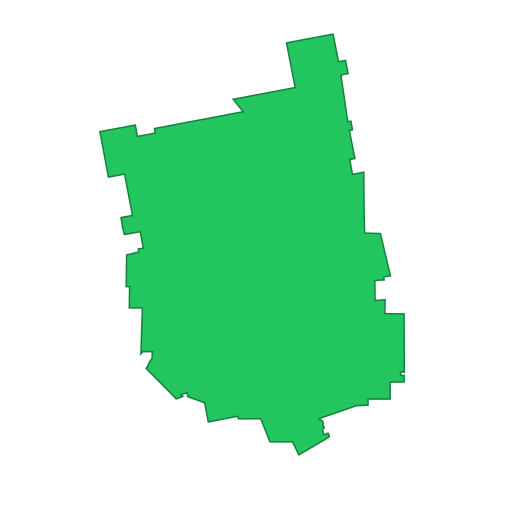 outline of Figueroa, Santiago del Estero, Argentina, rotated 349°
{"feature_id": "61730980B49742365360774", "entity_name": "Figueroa", "entity_type": "district", "adm_level": 2, "iso_a3": "ARG", "parent_name": "Argentina", "parent_adm1": "Santiago del Estero", "projection": "mercator", "projection_center": [-63.559, -27.316], "detail": "fine", "context": "isolated", "style": "filled", "palette": "green", "viewbox_px": 512, "rotation_deg": 349, "n_neighbors": 0, "source": "geoboundaries", "source_scale": "gbopen_adm2", "svg_char_len": 2456}
<svg xmlns="http://www.w3.org/2000/svg" viewBox="0 0 512 512"><g transform="rotate(349 256 256)"><path d="M235.2,111.8L214.0,111.6L201.9,111.6L180.6,111.5L180.6,116.1L171.5,116.1L162.4,116.0L162.5,104.4L162.4,104.4L145.0,104.3L133.7,104.2L126.5,104.1L126.2,150.4L134.4,150.5L142.6,150.5L142.5,191.6L142.5,192.6L142.3,192.6L130.8,192.5L130.7,199.3L130.4,201.9L130.9,209.8L147.0,210.1L146.9,226.8L141.9,226.6L141.5,229.7L129.2,230.3L128.4,234.1L122.7,261.3L126.1,261.9L123.9,272.3L121.7,282.8L134.5,285.3L124.4,330.1L126.8,328.3L135.9,330.1L136.0,330.1L135.1,333.6L134.8,335.8L133.0,338.2L132.1,338.8L131.2,339.7L128.1,344.2L126.6,345.3L135.4,358.4L140.0,365.3L145.7,373.9L150.4,381.1L157.4,379.9L155.8,377.9L162.2,377.1L162.3,381.2L177.6,390.3L177.5,409.8L207.6,409.8L207.6,412.5L229.6,416.6L234.2,441.1L256.4,445.5L260.2,459.4L260.4,459.3L292.8,447.8L292.8,447.7L292.8,447.4L293.1,447.2L293.5,447.2L293.6,446.7L293.6,446.1L293.6,445.9L293.6,445.6L293.4,445.3L293.4,444.9L293.2,444.3L293.2,443.9L292.7,443.8L292.3,443.6L291.8,443.6L291.3,443.9L291.3,444.4L290.7,444.6L290.3,444.8L290.0,444.7L289.7,444.3L289.2,443.9L288.5,443.7L288.2,443.5L288.2,443.1L288.2,442.6L288.5,442.1L288.5,441.4L288.1,441.0L288.1,440.4L288.1,440.1L288.2,439.5L288.5,439.1L288.9,438.8L289.0,438.6L289.3,438.2L289.6,438.1L289.9,437.9L290.2,437.4L290.1,436.8L290.0,436.4L289.8,435.9L289.6,435.6L289.2,435.4L289.3,435.0L289.4,434.5L289.7,434.0L290.0,433.5L290.1,433.0L289.9,432.5L290.0,431.9L289.9,431.3L289.6,430.7L289.3,430.1L288.9,429.9L288.6,429.6L288.1,429.5L287.8,429.5L287.6,429.2L287.6,428.7L287.4,428.4L287.0,428.3L286.9,428.0L287.0,427.8L287.0,427.7L293.6,426.7L299.9,425.8L306.4,424.9L319.1,423.1L323.6,422.4L325.9,422.1L337.5,423.8L338.7,417.8L348.1,419.6L354.2,420.8L360.4,422.0L362.2,412.9L363.7,405.4L377.4,407.9L378.7,401.5L375.2,400.8L375.7,397.5L379.2,398.2L379.4,398.3L379.5,397.8L390.3,341.1L371.4,337.1L374.4,323.6L364.4,322.4L368.0,302.7L377.2,303.9L377.3,301.0L384.2,301.1L384.2,300.9L382.4,257.7L367.0,254.2L370.4,233.9L377.8,194.3L366.3,194.3L366.4,179.2L371.7,179.2L371.6,150.6L374.8,150.6L374.9,141.7L371.7,141.7L373.9,94.5L381.2,94.5L381.2,81.1L374.1,81.1L374.0,63.7L374.0,52.9L345.4,52.7L339.0,52.7L336.8,52.7L333.0,52.7L326.6,52.6L326.6,62.4L326.6,72.9L326.6,92.9L326.6,93.5L326.6,98.1L312.1,98.1L286.2,97.9L263.5,97.8L267.6,105.7L270.2,110.6L270.9,111.9L255.3,111.8L245.5,111.8L235.2,111.8Z" fill="#22c55e" stroke="#15803d" stroke-width="1.5"/></g></svg>